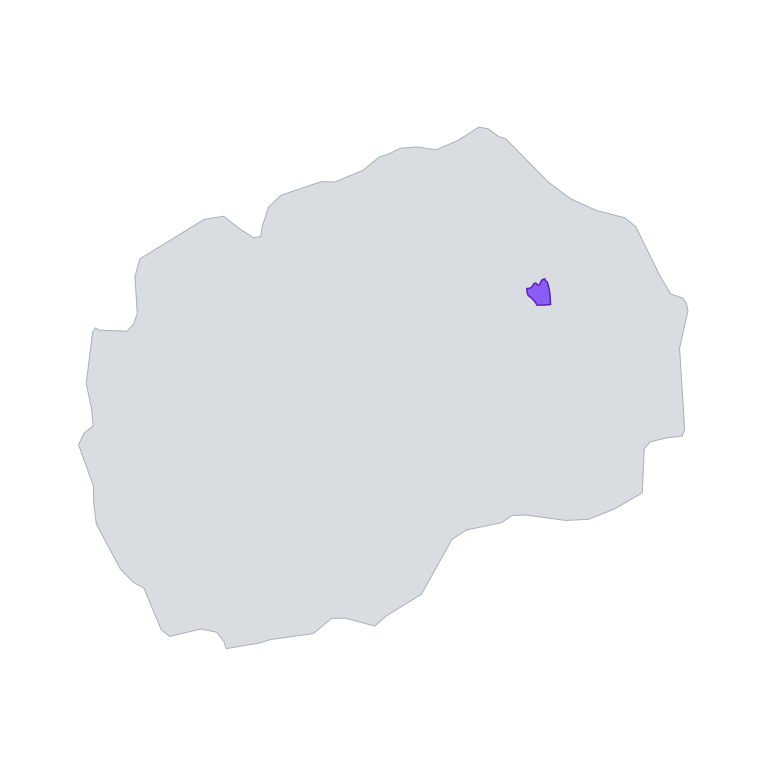 Zrnovci on a map of North Macedonia (Albers equal-area conic projection), rotated 353°
{"feature_id": "MKD-2924", "entity_name": "Zrnovci", "entity_type": "Statistical Region", "adm_level": 1, "iso_a3": "MKD", "parent_name": "North Macedonia", "parent_adm1": "", "projection": "albers", "projection_center": [22.41, 41.829], "detail": "fine", "context": "in_parent", "style": "filled", "palette": "violet", "viewbox_px": 768, "rotation_deg": 353, "n_neighbors": 0, "source": "natural_earth", "source_scale": "10m", "svg_char_len": 1640}
<svg xmlns="http://www.w3.org/2000/svg" viewBox="0 0 768 768"><g transform="rotate(353 384 384)"><path d="M346.5,175.6L359.9,177.5L389.0,169.4L407.2,158.0L416.5,156.4L428.8,152.0L446.4,152.8L464.2,157.9L487.0,151.3L509.4,140.6L518.3,143.3L528.0,152.5L534.4,155.0L571.4,203.3L591.8,222.9L615.9,237.6L643.3,248.4L653.2,258.8L671.0,310.1L679.5,329.6L691.2,335.3L694.0,340.9L694.6,348.4L681.7,384.6L676.9,465.6L673.6,472.1L659.7,471.8L641.4,473.7L634.4,479.9L627.1,523.5L597.6,536.1L570.6,543.2L548.0,541.6L508.1,531.2L495.1,530.1L483.9,535.9L448.3,538.9L432.6,546.4L395.6,597.2L358.1,614.4L345.3,623.2L317.0,611.6L303.3,610.3L283.4,623.1L240.2,623.8L228.5,625.9L195.1,627.4L193.8,620.3L187.8,610.0L172.4,604.9L140.6,608.4L133.0,600.8L120.8,557.2L110.8,550.1L99.7,535.3L81.4,487.9L81.4,467.3L83.1,449.3L73.4,406.9L80.2,396.4L90.2,390.0L90.7,373.0L88.5,347.1L101.2,296.8L104.5,293.2L107.4,295.7L135.4,300.3L142.8,294.0L147.7,284.1L149.9,247.1L156.9,230.1L225.3,198.8L245.2,197.9L260.3,213.0L272.3,222.8L279.6,222.6L282.3,213.0L290.8,194.6L304.8,184.1L346.1,175.5L346.5,175.6Z" fill="#d9dde1" stroke="#a8b0b8" stroke-width="1"/><path d="M545.5,324.4L544.5,322.1L543.0,319.5L540.3,316.0L537.9,313.7L537.3,311.0L537.3,306.7L539.0,306.7L541.3,306.6L543.6,304.6L544.5,303.2L545.6,302.4L546.9,302.4L547.9,303.2L548.2,304.4L549.5,304.8L550.6,304.3L551.5,302.5L553.4,300.0L555.5,299.3L556.4,299.3L556.3,299.7L557.1,301.3L558.4,302.6L558.8,304.5L559.4,308.7L559.6,312.5L559.6,315.3L559.6,317.9L559.3,320.6L559.1,323.8L559.1,325.4L558.0,325.4L553.0,325.2L548.2,324.7L545.6,324.4L545.5,324.4Z" fill="#8b5cf6" stroke="#5b21b6" stroke-width="1.5"/></g></svg>